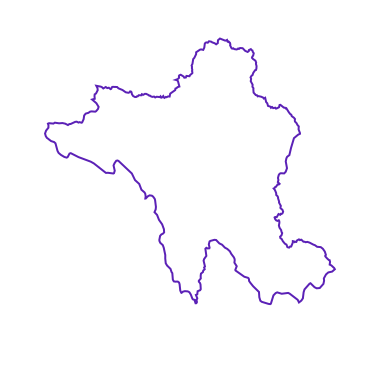 Nhu Xuan, Thanh Hóa, Vietnam (Equal Earth projection), rotated 342°
{"feature_id": "81297802B29351066345319", "entity_name": "Nhu Xuan", "entity_type": "district", "adm_level": 2, "iso_a3": "VNM", "parent_name": "Vietnam", "parent_adm1": "Thanh Hóa", "projection": "equal_earth", "projection_center": [105.405, 19.598], "detail": "fine", "context": "isolated", "style": "outline", "palette": "violet", "viewbox_px": 384, "rotation_deg": 342, "n_neighbors": 0, "source": "geoboundaries", "source_scale": "gbopen_adm2", "svg_char_len": 5956}
<svg xmlns="http://www.w3.org/2000/svg" viewBox="0 0 384 384"><g transform="rotate(342 192 192)"><path d="M304.0,309.6L303.7,308.2L301.8,304.8L300.5,303.6L301.7,301.1L301.8,299.4L301.2,299.1L300.0,297.0L299.0,294.7L298.9,294.0L299.9,293.2L299.9,289.7L298.9,286.4L297.4,284.2L294.1,282.8L292.4,280.5L291.2,279.6L288.2,276.5L286.3,275.1L284.6,274.9L283.7,274.1L282.6,273.7L281.3,271.2L279.8,271.1L279.7,270.6L279.0,270.1L276.7,270.6L275.8,271.7L274.9,271.3L274.2,271.4L273.8,270.5L272.7,269.9L272.2,271.3L269.5,274.5L268.4,274.2L267.2,274.9L266.3,274.4L265.7,273.9L265.6,271.2L264.4,269.9L263.2,266.9L262.8,264.5L261.8,263.1L262.0,261.7L263.7,260.9L265.1,258.9L264.8,257.7L265.0,255.8L264.2,253.0L264.3,250.7L265.6,248.3L266.0,246.7L265.8,245.7L264.4,245.9L263.3,245.0L262.7,243.5L262.7,241.7L263.4,241.5L264.8,242.1L267.5,239.7L268.8,240.9L269.6,240.2L270.1,240.6L271.4,240.3L272.6,238.9L272.5,236.8L271.2,234.8L271.3,234.0L272.2,232.7L271.5,229.0L271.9,228.1L271.9,224.7L272.2,223.6L272.0,222.3L271.2,220.9L271.7,219.1L271.6,217.2L271.4,215.5L270.8,213.9L271.6,213.8L272.8,212.9L273.5,213.0L275.7,211.3L276.8,211.7L277.8,211.3L276.7,209.1L277.9,207.3L278.1,205.2L279.7,202.7L281.0,201.7L282.3,201.6L285.4,202.8L287.4,201.7L289.7,198.7L290.6,191.9L292.2,189.1L293.4,187.9L296.0,187.0L299.8,180.7L305.6,172.3L310.6,170.3L312.7,170.0L312.9,169.3L312.7,165.4L313.8,162.6L313.0,160.8L312.7,158.8L311.7,156.8L312.0,155.3L312.5,154.5L311.9,152.9L310.3,150.7L310.3,149.1L309.6,148.4L308.8,146.3L307.6,141.5L307.0,141.6L306.4,140.5L305.4,140.1L303.0,136.4L302.2,136.3L300.9,138.3L298.2,138.7L297.6,138.6L297.3,137.6L295.1,137.3L294.5,136.0L293.2,136.3L293.2,135.3L290.9,133.6L291.0,130.9L290.3,129.3L290.7,125.0L289.2,125.3L288.9,124.3L287.3,122.8L284.8,121.3L284.0,121.3L283.7,120.1L282.6,119.5L281.3,116.5L282.0,113.5L282.5,112.3L282.0,110.6L282.8,108.7L282.1,104.8L283.2,102.6L283.1,101.1L284.6,99.8L285.6,99.6L287.2,97.5L289.8,95.6L290.6,95.7L291.4,94.5L292.3,92.2L292.4,89.9L293.0,88.7L292.9,86.7L291.1,84.3L290.5,82.9L291.3,81.8L292.3,81.2L293.6,79.1L293.1,77.4L293.2,76.1L292.4,75.3L292.1,74.3L290.0,74.6L289.6,75.5L288.2,76.0L286.2,74.2L284.6,70.9L282.2,69.9L281.0,70.4L280.3,69.8L279.8,70.2L278.4,70.2L276.3,69.1L275.7,68.1L274.5,68.1L273.9,67.0L273.6,64.2L274.1,63.4L274.2,61.9L273.4,60.3L272.9,60.6L272.3,60.0L272.3,58.2L271.0,58.5L270.1,58.1L266.0,54.7L263.6,55.7L262.5,58.4L260.6,59.0L259.5,57.5L257.4,55.9L256.9,55.1L255.2,54.1L254.6,53.9L253.1,54.9L252.0,54.2L251.0,54.2L250.0,54.9L248.3,58.5L246.6,60.3L244.7,59.2L243.6,59.1L239.1,60.4L238.5,62.2L235.7,65.1L234.2,66.0L232.0,70.3L230.7,71.6L230.7,72.9L230.2,74.1L230.0,76.0L229.4,76.9L229.4,78.1L229.0,79.1L226.3,80.2L225.4,81.1L222.6,79.9L221.5,81.2L220.0,80.9L219.7,79.6L217.5,77.0L216.0,77.1L215.4,77.6L215.0,79.4L213.3,80.2L211.1,80.3L212.2,81.0L212.9,82.2L212.6,87.8L210.6,87.8L209.5,88.4L208.2,88.5L207.5,89.9L201.7,91.7L200.2,94.3L198.8,93.7L197.1,94.0L196.5,93.5L194.9,94.0L194.4,93.3L194.3,91.9L192.3,92.9L191.8,92.7L191.6,91.3L190.7,91.8L187.9,90.5L186.2,90.7L185.4,89.5L183.7,89.3L182.5,88.4L182.0,87.5L181.1,87.2L180.8,86.5L178.7,84.5L177.6,84.1L175.7,84.5L174.6,83.5L173.9,84.4L171.2,83.5L170.1,84.2L169.2,84.0L168.6,84.4L167.2,84.1L165.7,82.6L165.1,80.5L165.3,78.3L164.9,77.5L164.2,77.2L163.4,77.9L162.2,78.0L159.8,76.7L157.4,73.5L154.1,70.7L153.2,69.0L149.1,67.5L148.2,67.6L147.1,68.9L146.3,69.0L145.1,67.1L143.5,67.0L142.4,65.5L139.6,66.1L138.7,64.4L137.8,63.6L133.8,61.4L134.2,64.0L133.8,66.0L131.2,68.6L129.6,69.1L128.9,70.7L128.3,73.3L125.6,73.2L128.5,78.0L129.5,82.2L128.2,84.0L125.8,85.5L124.8,85.7L121.4,84.3L120.0,84.1L117.9,84.7L115.1,84.6L113.1,85.9L111.4,89.3L109.0,91.9L108.4,92.0L106.6,90.8L105.5,90.9L104.1,89.5L102.6,89.2L97.6,89.8L96.3,89.5L94.7,90.0L92.5,87.8L90.1,86.4L86.8,85.6L83.0,83.7L81.3,84.1L77.3,82.4L76.1,82.5L76.1,84.2L75.3,86.5L72.2,88.5L70.3,91.0L70.2,93.7L70.7,95.6L73.7,100.0L76.3,101.9L77.2,103.5L76.8,111.3L77.2,113.6L78.8,116.2L81.5,119.3L83.5,120.6L84.6,120.3L87.4,117.6L88.7,117.6L94.8,123.7L105.0,131.8L107.5,134.5L116.0,147.2L118.1,147.8L122.9,150.1L123.6,150.0L125.1,147.9L125.6,142.5L127.2,140.7L129.6,138.9L130.8,139.0L131.7,139.7L140.5,155.8L141.5,163.1L144.3,168.0L144.6,174.2L146.7,177.7L147.0,179.1L146.6,181.8L145.6,183.8L146.0,183.9L148.8,182.4L150.7,182.1L152.7,183.1L153.6,184.4L154.4,186.9L154.4,188.2L153.1,195.0L152.1,197.3L150.1,199.6L151.7,203.0L152.0,208.3L153.6,213.5L153.8,218.7L153.0,221.8L151.6,222.6L149.7,222.9L148.1,223.9L146.1,227.5L145.9,228.6L146.1,230.5L147.8,233.5L147.9,236.3L147.1,243.7L146.0,247.0L145.0,251.7L145.6,254.3L147.8,258.5L147.8,261.7L148.2,263.1L146.7,269.4L146.9,270.6L147.1,271.4L148.4,272.1L150.8,272.8L151.7,274.1L151.7,275.9L150.4,282.0L150.6,284.4L150.9,284.7L152.6,284.0L154.6,284.1L157.2,285.2L158.0,285.9L158.6,286.7L159.2,289.3L159.4,293.6L159.8,294.5L160.9,295.2L161.0,295.8L161.0,298.9L161.7,299.1L162.5,298.5L162.9,297.2L162.4,295.9L163.8,295.3L164.2,294.7L163.9,291.1L165.4,290.9L166.7,288.1L169.4,287.9L170.3,287.1L171.5,282.6L171.5,281.1L170.8,279.4L171.1,278.5L173.6,277.0L174.3,274.5L175.3,272.4L177.7,271.5L178.4,270.2L180.2,269.4L180.2,267.5L181.3,266.9L181.8,260.9L182.8,259.5L185.9,257.2L187.2,250.1L188.4,249.5L189.4,250.5L191.1,250.9L191.5,250.4L191.8,247.0L193.4,244.5L194.3,244.2L198.5,244.4L200.1,245.1L202.1,249.3L204.3,251.4L206.1,255.1L208.0,257.1L209.7,260.1L210.2,262.9L211.6,267.0L211.8,268.6L211.6,269.9L210.5,272.3L211.6,276.4L209.1,279.5L209.2,280.2L215.6,288.8L218.7,290.9L219.1,291.5L219.2,292.6L218.8,294.2L219.4,296.3L221.0,300.5L224.8,307.8L223.5,312.9L223.4,316.5L224.4,318.0L230.1,322.0L231.7,322.8L232.5,322.6L237.5,315.5L240.3,314.0L242.0,313.8L245.9,316.5L252.3,317.7L253.5,318.9L259.2,327.2L259.6,330.1L262.4,329.1L264.6,327.4L267.2,321.8L268.9,319.4L275.5,315.5L276.5,315.4L279.1,320.4L280.8,322.1L283.8,322.8L288.6,320.0L290.2,317.2L290.7,314.9L294.0,311.8L296.8,310.6L300.7,311.0L304.0,309.6Z" fill="none" stroke="#5b21b6" stroke-width="2"/></g></svg>